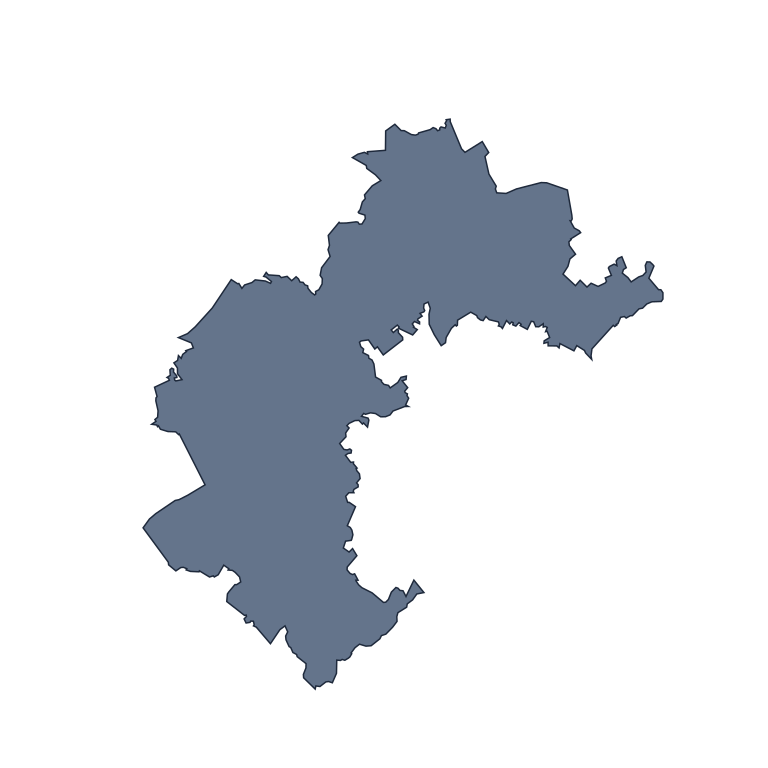 outline of Yuriria, Guanajuato, Mexico, rotated 319°
{"feature_id": "50627088B69886558510846", "entity_name": "Yuriria", "entity_type": "district", "adm_level": 2, "iso_a3": "MEX", "parent_name": "Mexico", "parent_adm1": "Guanajuato", "projection": "mercator", "projection_center": [-101.194, 20.166], "detail": "fine", "context": "isolated", "style": "filled", "palette": "slate", "viewbox_px": 768, "rotation_deg": 319, "n_neighbors": 0, "source": "geoboundaries", "source_scale": "gbopen_adm2", "svg_char_len": 6171}
<svg xmlns="http://www.w3.org/2000/svg" viewBox="0 0 768 768"><g transform="rotate(319 384 384)"><path d="M556.9,501.7L558.7,498.6L564.0,493.9L595.5,490.1L595.8,492.0L598.4,492.2L598.4,491.4L600.3,491.9L606.3,488.9L609.7,490.8L610.0,493.1L614.5,494.0L616.4,495.4L625.8,494.6L628.9,496.4L634.8,496.0L640.1,497.7L647.4,503.6L650.2,502.9L654.4,498.1L654.8,494.5L653.1,492.9L653.3,477.9L665.1,472.1L665.2,470.1L664.8,466.4L662.5,464.3L659.0,465.9L655.3,471.4L650.5,471.9L646.5,470.3L637.5,469.1L637.9,463.7L636.6,456.7L639.8,454.7L643.1,455.2L647.0,444.0L643.1,442.8L639.9,443.5L637.4,447.5L636.3,444.5L631.1,443.2L629.4,443.7L626.9,451.2L620.6,449.1L619.3,452.4L617.3,452.9L609.6,450.8L606.4,443.8L600.8,444.0L600.1,434.4L593.0,435.4L591.2,418.5L600.0,415.9L606.4,411.6L613.7,411.7L614.7,401.1L616.8,398.0L620.0,397.8L620.1,397.0L631.7,398.8L631.9,396.6L629.9,391.1L631.6,383.0L632.2,383.8L634.3,382.9L636.6,379.7L649.7,357.9L638.8,338.9L634.8,335.1L612.0,323.7L601.2,320.3L594.5,313.7L596.0,309.9L598.5,308.3L600.9,294.4L609.5,278.5L614.9,278.0L617.2,265.5L597.1,262.3L596.8,257.4L606.1,229.5L607.7,227.5L604.3,225.3L603.9,226.4L601.1,227.3L600.7,229.6L598.2,231.0L595.7,227.4L593.9,227.5L592.8,228.8L590.6,228.0L590.7,225.4L589.3,222.7L585.7,222.3L574.8,217.2L573.6,217.8L571.0,216.8L568.3,213.7L565.5,206.1L563.2,204.0L562.6,195.1L551.3,194.1L538.4,208.6L523.9,197.8L522.6,199.7L521.2,196.3L515.1,193.4L508.7,192.4L514.0,207.4L512.4,210.0L514.8,220.5L515.1,228.4L505.2,226.7L493.3,228.5L491.5,231.8L487.1,232.4L480.5,236.7L477.3,237.4L477.2,238.7L480.4,244.0L478.4,246.9L472.4,248.8L470.2,247.2L470.5,244.7L469.3,243.3L461.2,237.8L456.3,233.7L456.2,232.5L439.4,235.3L433.8,243.6L429.9,245.9L427.0,252.4L413.2,255.3L407.1,260.1L406.6,264.0L402.9,267.9L396.7,270.1L393.0,269.3L391.6,271.3L390.1,271.3L389.2,267.3L389.4,261.9L390.8,259.8L389.4,257.4L389.6,254.2L387.5,252.0L388.4,248.5L388.0,245.4L382.1,245.5L381.5,239.2L376.3,236.3L376.0,233.5L368.3,225.8L368.3,222.5L363.8,223.8L365.1,225.8L366.3,232.8L364.4,233.6L362.0,228.4L355.1,220.9L350.9,220.8L343.8,217.8L339.5,218.6L340.4,212.9L339.3,212.3L337.2,205.0L304.2,214.0L279.0,217.0L268.8,217.1L259.3,214.1L265.6,226.6L263.8,231.7L256.3,228.8L256.3,229.9L251.5,229.6L247.8,231.6L247.5,227.7L243.7,230.8L239.3,230.2L238.6,236.4L234.9,240.8L234.4,248.2L228.9,245.1L228.6,243.8L229.7,241.9L232.0,243.2L232.9,241.8L233.0,236.9L235.0,234.8L234.2,232.8L231.8,232.8L228.4,237.2L224.5,236.7L225.1,238.3L224.5,240.4L208.7,235.9L204.5,244.6L202.8,244.9L200.7,247.1L195.9,256.0L191.3,260.6L187.8,260.5L187.4,262.6L182.3,262.0L185.6,265.9L185.1,267.6L186.3,267.6L185.6,271.5L189.7,278.1L195.4,283.4L195.8,287.5L196.7,287.5L182.8,342.7L163.0,339.2L153.4,336.8L150.0,334.9L126.7,332.1L118.5,332.0L107.8,334.5L104.3,377.0L102.8,379.2L104.3,388.5L110.2,389.2L112.3,390.7L114.0,394.0L112.7,394.5L115.0,398.5L121.2,404.4L122.1,403.9L125.7,415.2L129.3,416.8L129.3,418.3L133.7,419.2L144.2,415.6L145.7,421.6L144.3,422.1L147.3,425.2L148.1,428.5L148.4,434.8L146.0,439.4L141.2,438.8L139.9,437.6L130.4,439.1L128.1,439.7L122.6,445.0L126.9,467.1L128.4,468.0L127.7,469.2L124.3,469.5L123.1,473.9L126.5,476.0L127.9,475.5L129.8,477.4L128.1,480.5L126.8,480.9L128.1,483.7L127.9,505.5L144.3,501.1L150.6,501.6L148.7,507.9L144.4,509.7L142.2,512.8L140.1,519.9L140.7,521.7L139.1,526.9L140.6,530.8L139.6,532.8L141.7,543.9L138.8,547.1L132.6,550.3L130.6,553.0L131.9,569.1L134.5,567.2L137.2,570.3L144.7,570.7L147.0,572.2L149.0,575.6L158.3,571.2L167.2,561.4L169.8,564.1L171.7,564.4L173.2,566.8L177.0,567.5L179.1,567.6L182.7,566.4L182.7,565.4L189.1,564.0L194.8,564.3L198.4,570.0L202.6,573.1L213.7,573.6L217.0,572.2L221.3,574.0L231.0,573.2L238.1,571.7L241.0,568.0L244.5,565.7L254.7,567.3L257.3,565.2L263.9,565.7L271.0,564.0L277.3,567.6L277.9,551.6L261.2,558.8L262.7,552.5L260.6,550.2L260.6,547.3L259.5,545.4L253.0,545.9L246.0,549.5L242.1,549.8L240.3,548.5L238.0,533.8L233.7,523.3L233.1,518.9L233.7,514.4L234.0,513.6L235.7,515.0L237.3,508.0L235.2,507.1L234.1,504.7L234.2,500.0L236.2,498.0L250.9,495.8L252.3,487.6L247.4,487.9L245.7,481.1L251.9,477.4L256.7,480.5L257.8,480.0L261.6,477.4L263.9,473.2L264.4,470.2L263.3,466.9L282.0,457.9L280.1,450.5L278.9,449.5L281.4,443.6L286.1,443.0L290.0,446.3L290.4,444.8L292.1,443.8L297.0,444.7L298.4,443.0L298.4,440.6L303.9,439.7L306.5,435.7L306.6,431.6L307.5,429.5L308.5,429.8L308.6,424.1L309.8,422.9L307.5,421.3L308.1,412.5L311.2,412.8L313.9,414.5L316.0,412.7L315.6,410.6L312.9,409.6L310.8,407.0L311.5,399.8L320.7,398.9L322.9,395.8L328.8,394.3L328.6,391.1L331.8,390.8L338.0,392.5L341.2,395.0L341.4,400.1L343.0,400.0L343.3,405.7L348.9,401.3L349.6,399.3L345.8,393.6L349.4,392.9L350.1,394.7L354.9,396.9L358.2,400.7L360.0,406.6L363.7,409.7L368.3,411.3L373.1,410.3L384.9,414.6L387.6,416.9L386.6,414.0L393.3,410.9L393.7,407.9L395.2,406.8L394.3,404.4L394.9,403.0L399.5,402.3L399.8,393.5L403.6,395.1L406.1,392.7L401.2,390.1L395.4,391.9L386.1,391.0L386.5,388.0L383.7,384.2L383.6,380.6L384.5,379.6L382.2,373.2L389.5,362.3L390.7,358.0L389.5,354.7L391.0,352.3L388.6,346.4L391.5,344.3L391.0,340.6L392.9,336.4L395.0,336.5L401.2,340.5L400.0,351.6L403.4,351.6L402.5,361.6L427.1,363.0L428.7,360.9L428.5,354.7L430.2,352.7L429.7,351.2L424.8,351.3L424.9,347.9L432.7,348.3L432.8,350.9L431.5,351.3L437.8,365.8L444.8,364.8L443.5,360.5L444.3,360.3L444.8,357.2L448.0,356.8L450.3,361.9L451.6,360.5L451.1,357.9L452.4,357.1L457.3,357.8L457.5,354.3L461.4,355.7L462.9,355.3L463.7,352.7L466.7,349.9L471.0,351.1L468.6,357.2L463.7,360.9L457.3,368.6L454.3,379.7L452.3,392.6L457.5,393.2L461.4,389.7L471.4,386.2L476.6,386.0L476.6,387.7L477.9,387.8L481.4,384.1L496.6,386.7L498.9,393.2L498.1,395.3L498.8,398.9L500.4,401.2L505.2,399.9L505.6,404.5L511.1,412.2L510.1,414.6L508.4,415.2L509.8,417.5L509.8,419.8L518.1,416.5L518.3,421.2L521.1,421.0L521.7,422.6L520.0,423.8L521.5,426.8L526.2,426.2L526.7,428.9L525.1,429.2L528.0,436.8L536.3,433.3L537.8,435.2L536.1,440.3L538.4,442.4L543.7,443.0L541.5,445.5L543.5,446.4L544.3,448.4L540.3,450.5L541.7,451.2L539.5,457.6L533.2,456.5L531.4,458.2L535.2,460.1L532.9,462.9L539.4,468.6L539.8,471.6L543.3,468.9L549.1,483.6L554.7,481.5L557.3,490.2L556.5,492.9L556.9,501.7Z" fill="#64748b" stroke="#1e293b" stroke-width="1.5"/></g></svg>